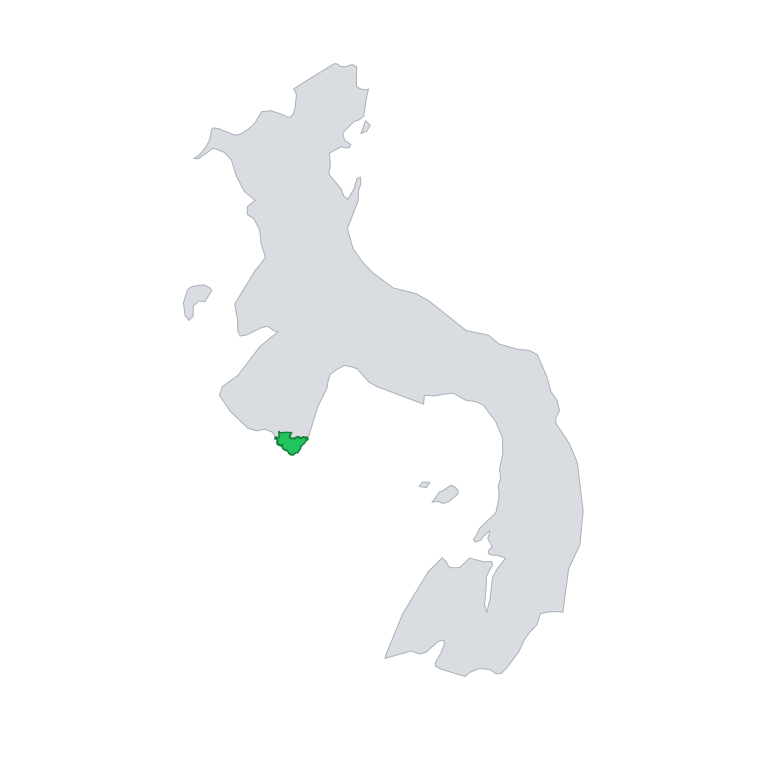 Pedasí, Los Santos, Panama (highlighted), rotated 58°
{"feature_id": "35544464B62202964850227", "entity_name": "Pedasí", "entity_type": "district", "adm_level": 2, "iso_a3": "PAN", "parent_name": "Panama", "parent_adm1": "Los Santos", "projection": "natural_earth1", "projection_center": [-80.113, 7.529], "detail": "fine", "context": "in_parent", "style": "filled", "palette": "green", "viewbox_px": 768, "rotation_deg": 58, "n_neighbors": 0, "source": "geoboundaries", "source_scale": "gbopen_adm2", "svg_char_len": 7508}
<svg xmlns="http://www.w3.org/2000/svg" viewBox="0 0 768 768"><g transform="rotate(58 384 384)"><path d="M672.5,353.5L670.5,355.1L664.7,364.8L661.6,373.1L669.1,381.8L671.4,391.0L675.6,401.1L682.3,411.2L689.7,430.0L691.5,437.5L689.4,442.4L682.3,445.4L675.7,454.1L673.9,464.8L675.2,470.1L655.5,487.2L650.4,490.1L647.0,487.4L642.7,478.9L637.7,471.9L635.0,469.5L633.4,469.4L631.8,471.0L631.1,474.8L633.8,490.8L631.6,497.3L624.9,502.3L617.2,528.5L614.2,525.2L588.8,490.0L566.8,446.4L562.2,426.6L567.9,425.5L573.4,425.9L576.4,422.9L579.8,417.1L577.0,403.8L587.6,393.7L591.6,386.8L594.6,387.6L601.6,399.2L611.7,405.9L624.2,415.6L631.9,417.8L622.1,407.6L605.3,394.3L600.6,385.5L596.1,373.2L589.5,378.5L586.5,383.0L583.1,385.5L580.1,382.5L579.6,378.5L569.7,377.8L567.1,374.2L564.5,372.2L565.7,379.8L567.7,384.5L566.6,390.2L563.4,390.6L560.6,384.7L557.1,379.4L552.4,357.2L541.1,346.7L535.9,343.2L531.7,341.9L525.4,334.8L517.1,331.0L505.8,319.9L492.0,312.0L475.1,309.2L454.6,310.9L447.7,315.3L443.0,320.9L440.8,323.5L428.7,329.9L424.1,339.1L421.2,347.0L415.1,355.8L422.0,361.2L382.5,391.3L374.6,395.7L356.9,398.7L352.8,402.0L347.3,407.9L346.6,417.0L347.4,424.7L352.6,430.6L357.2,434.4L368.2,452.3L387.8,474.9L391.5,483.1L394.6,495.3L388.6,501.1L384.1,503.5L365.4,504.4L359.0,509.3L356.4,516.8L349.4,522.9L325.4,528.9L306.5,529.6L300.6,522.6L299.2,503.0L286.5,469.5L283.5,446.4L280.3,449.3L273.6,451.9L271.3,457.7L269.6,474.7L267.1,480.5L261.9,480.0L251.3,473.9L237.1,468.3L219.0,432.2L217.1,425.4L213.5,417.3L199.6,413.8L187.6,407.8L174.6,406.8L168.0,410.2L161.2,405.9L160.0,396.0L146.4,400.4L128.9,398.9L113.2,394.7L102.5,396.9L93.5,403.9L94.7,421.9L92.1,425.5L91.7,418.1L88.6,409.7L84.8,402.7L76.9,395.4L76.5,392.7L79.7,389.1L94.0,378.6L95.8,374.2L96.1,365.0L94.7,356.3L88.3,343.4L92.0,335.5L99.4,329.1L107.0,324.0L108.2,321.9L106.8,317.5L102.4,312.8L92.1,304.8L85.9,304.3L85.7,281.1L86.0,256.6L87.6,254.2L91.4,252.7L94.4,249.0L96.2,241.7L100.7,239.1L108.9,244.7L117.2,249.6L120.7,248.0L123.3,245.6L125.1,243.2L125.7,241.0L132.3,247.5L146.0,259.1L146.8,264.8L145.5,270.3L149.2,286.0L156.3,288.3L163.4,285.2L165.2,288.1L163.8,291.0L160.2,294.3L159.2,307.8L170.9,314.1L176.7,319.6L196.1,317.0L203.2,318.5L208.1,316.9L202.7,306.0L195.5,298.0L196.1,294.4L201.6,297.1L205.8,302.5L215.3,309.3L232.8,332.8L252.9,338.5L268.8,337.7L283.7,334.6L307.3,325.4L324.4,308.9L338.1,301.6L382.3,285.9L398.0,269.5L404.7,267.4L411.0,265.3L424.9,252.9L432.3,243.2L440.2,238.4L463.6,241.9L478.8,246.5L489.2,245.9L499.3,249.1L503.7,256.1L508.3,259.1L533.0,258.4L553.3,261.8L597.7,282.7L624.3,303.3L638.4,325.2L672.5,353.5ZM226.6,515.8L220.8,516.5L209.0,511.2L200.3,501.1L199.6,497.8L199.8,494.4L204.6,484.0L210.9,480.4L213.4,480.5L219.4,492.5L215.3,497.1L216.9,504.5L225.5,510.0L226.6,515.8ZM511.9,400.5L509.8,405.7L504.9,394.1L505.7,391.2L505.3,380.7L510.0,378.0L513.5,377.7L516.3,379.2L518.1,391.5L516.7,397.1L511.9,400.5ZM160.4,265.0L159.3,270.7L151.1,260.4L156.0,258.7L157.7,258.9L160.4,265.0ZM494.3,403.0L489.5,408.4L487.7,403.3L491.0,397.9L492.2,397.9L494.3,403.0Z" fill="#d9dde1" stroke="#a8b0b8" stroke-width="1"/><path d="M378.0,491.7L377.7,491.5L377.6,491.0L377.5,490.8L377.6,490.7L377.4,490.7L377.3,490.4L377.2,490.4L377.1,490.1L377.1,489.9L377.1,489.7L376.8,489.4L376.7,488.9L376.5,488.7L376.4,488.5L376.6,487.7L372.9,493.0L370.6,497.7L370.6,497.9L370.6,498.2L370.6,498.3L370.4,498.4L369.7,498.2L369.3,498.3L369.0,498.0L368.8,498.1L368.8,498.3L368.5,498.4L368.4,498.3L373.9,501.4L371.4,504.2L371.7,504.4L371.7,504.7L371.8,504.9L372.1,505.0L372.3,505.3L372.5,505.3L372.6,505.5L372.8,505.4L373.0,505.2L373.0,504.8L373.4,504.5L373.8,504.6L373.9,504.8L374.1,504.8L374.2,504.6L374.2,504.4L374.0,504.1L374.5,503.7L375.1,503.7L375.7,503.9L376.1,504.3L376.1,504.9L375.9,505.3L376.0,505.4L376.2,505.5L376.5,505.6L376.5,505.4L377.0,505.3L377.4,505.7L377.4,505.9L377.2,505.9L377.2,506.1L377.3,506.1L377.5,506.2L377.9,506.3L378.0,506.2L378.3,506.2L378.6,506.2L378.8,506.2L378.7,506.0L378.8,506.0L378.7,505.7L378.8,505.6L379.0,505.6L379.3,505.7L379.4,505.4L379.6,505.4L379.8,505.5L379.8,505.4L379.9,505.5L380.0,505.5L380.3,505.5L380.4,505.4L380.3,505.2L380.4,504.8L380.6,504.6L380.9,504.7L381.1,504.7L381.4,504.6L381.6,504.5L381.7,504.4L381.8,504.3L381.9,504.0L381.9,503.8L382.0,503.7L381.9,503.4L382.1,503.2L381.9,503.2L382.0,502.8L381.9,502.5L381.7,502.7L381.4,502.8L381.3,502.7L381.4,502.8L381.5,502.6L382.0,502.5L382.0,502.8L381.9,503.0L382.0,503.2L381.9,503.4L382.0,503.5L382.5,503.6L382.8,503.6L383.0,503.3L382.9,503.5L383.2,503.5L382.8,503.7L382.1,503.7L382.0,503.9L382.0,504.0L382.5,503.8L383.1,503.7L384.0,503.8L385.3,504.1L385.7,504.0L385.8,503.7L386.0,503.4L386.4,503.2L387.2,503.2L387.2,502.9L387.4,502.7L387.8,502.5L388.3,502.6L388.5,502.4L388.3,502.4L388.3,502.2L388.6,501.9L388.7,501.5L388.8,501.4L389.2,501.4L389.3,501.3L389.6,501.3L389.8,501.1L390.2,501.1L390.4,501.1L390.8,501.4L391.2,501.3L391.7,501.4L391.9,501.4L392.4,501.6L392.6,501.5L392.7,501.1L393.0,501.1L393.2,500.8L393.6,500.7L394.0,500.4L394.3,500.6L394.3,500.4L394.4,500.2L394.5,500.3L394.6,500.1L394.8,500.0L395.0,499.8L395.6,499.6L395.7,499.3L395.7,499.2L395.8,499.2L395.9,498.8L395.9,498.6L395.7,498.7L395.6,498.8L395.5,498.6L395.4,498.3L395.5,498.6L396.0,498.3L395.8,497.9L395.8,497.7L396.0,497.7L396.1,498.0L396.3,498.1L396.1,497.9L396.0,497.6L396.0,497.3L395.8,496.9L395.7,496.2L395.7,495.8L395.8,495.6L395.7,495.3L395.7,494.9L395.8,494.6L396.0,494.2L396.3,494.1L396.6,493.8L396.6,493.5L396.2,492.9L395.9,492.1L395.7,492.0L395.5,491.7L395.3,490.4L395.0,489.7L394.5,489.0L394.2,488.8L393.7,488.1L393.0,487.2L392.9,487.2L393.0,487.1L392.9,486.8L392.7,486.4L392.5,486.1L392.3,484.7L392.3,484.3L392.5,484.2L392.4,484.2L392.3,483.6L391.7,482.2L391.1,481.0L390.6,479.7L390.6,479.0L390.6,478.9L390.8,478.9L390.8,478.7L390.4,478.3L390.1,477.7L389.9,477.4L389.4,477.4L389.3,477.6L389.3,477.9L389.4,478.2L389.5,478.1L389.6,477.9L389.6,478.0L389.8,477.9L389.7,478.0L389.8,478.0L389.7,478.1L389.4,478.5L389.5,478.5L389.6,478.4L389.5,478.5L389.8,478.5L389.7,478.6L389.4,478.7L389.2,478.5L389.1,478.4L389.1,478.1L388.9,477.9L388.7,477.4L388.4,477.8L388.0,477.9L387.9,478.0L388.0,478.1L388.3,478.1L388.4,478.4L388.3,478.5L388.0,478.5L388.1,478.8L387.9,478.7L387.8,478.9L387.7,478.9L387.6,478.7L387.5,478.8L387.4,478.9L387.3,479.1L387.3,479.3L387.2,479.3L387.1,479.6L386.9,479.8L387.0,479.9L386.9,480.1L386.7,480.3L386.5,480.2L386.4,480.2L386.4,480.3L386.5,480.3L386.5,480.6L386.4,480.6L386.2,480.6L386.3,481.0L386.2,481.1L386.4,481.3L386.2,481.4L386.3,481.5L386.2,481.6L386.2,481.8L386.0,482.1L386.0,482.3L385.9,482.3L386.0,482.6L385.9,482.7L386.0,482.8L385.9,483.0L386.1,483.1L386.0,483.4L386.1,483.6L385.9,483.6L385.6,483.7L385.4,483.9L385.4,483.7L385.2,483.8L385.0,483.7L384.9,483.7L384.7,483.8L384.8,483.9L384.6,484.0L384.4,484.2L384.3,484.3L384.1,484.2L384.1,484.4L383.9,484.3L383.4,484.4L383.3,484.6L383.1,484.6L383.0,484.8L383.2,485.0L382.9,485.4L382.8,485.5L382.7,485.8L382.9,485.9L382.8,486.1L382.8,486.5L382.7,486.6L383.2,487.0L383.4,487.8L383.2,488.0L382.9,488.2L383.0,488.4L383.2,488.5L382.6,488.5L382.8,488.7L382.9,488.9L382.6,488.9L382.6,489.3L382.4,489.6L382.3,489.4L382.2,489.4L382.0,489.6L381.9,489.6L381.8,489.9L381.7,489.8L381.7,489.7L381.6,490.0L381.6,490.4L381.6,490.6L381.3,491.1L381.4,491.3L381.2,491.6L380.9,491.8L380.8,491.7L380.7,491.7L380.4,491.9L380.4,491.7L380.1,491.5L379.8,491.6L379.6,491.9L379.6,492.0L379.3,491.8L379.0,491.7L378.7,491.6L378.4,491.6L378.1,491.9L378.0,491.7Z" fill="#22c55e" stroke="#15803d" stroke-width="1.5"/></g></svg>